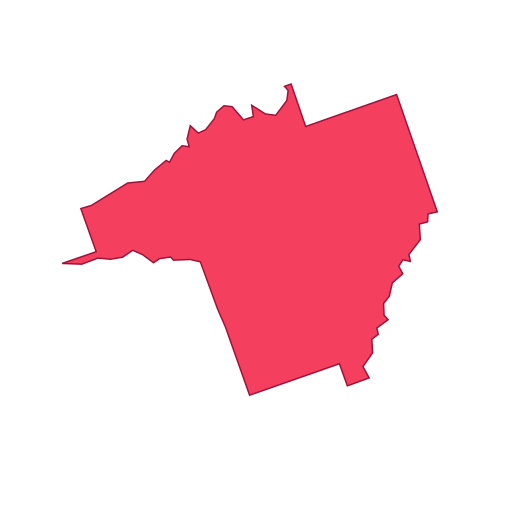 outline of Dallas, Alabama, United States of America, rotated 251°
{"feature_id": "52423323B88662766732523", "entity_name": "Dallas", "entity_type": "district", "adm_level": 2, "iso_a3": "USA", "parent_name": "United States of America", "parent_adm1": "Alabama", "projection": "robinson", "projection_center": [-87.077, 32.389], "detail": "fine", "context": "isolated", "style": "filled", "palette": "rose", "viewbox_px": 512, "rotation_deg": 251, "n_neighbors": 0, "source": "geoboundaries", "source_scale": "gbopen_adm2", "svg_char_len": 1009}
<svg xmlns="http://www.w3.org/2000/svg" viewBox="0 0 512 512"><g transform="rotate(251 256 256)"><path d="M103.5,300.1L103.9,323.3L116.6,321.1L126.5,334.7L139.6,338.4L142.2,346.1L148.6,346.8L152.8,360.2L158.3,357.8L169.6,361.2L174.5,368.9L186.2,376.2L191.5,389.0L199.8,387.6L204.6,393.7L200.6,400.2L207.7,401.1L218.0,416.7L233.0,420.8L232.4,429.4L239.8,432.4L238.7,441.8L362.9,441.5L362.3,345.1L407.2,345.2L407.1,338.2L402.1,340.3L393.0,335.8L382.6,320.4L387.3,311.1L399.9,301.0L388.7,298.9L388.8,288.5L405.0,282.0L408.5,274.6L404.8,265.6L399.4,261.3L391.8,249.5L391.0,241.4L400.6,236.3L389.0,228.9L381.1,228.4L384.3,222.0L379.7,212.2L372.8,204.8L375.6,202.2L370.2,187.8L362.9,175.0L366.8,158.4L357.4,116.7L357.9,105.8L312.1,106.3L312.1,70.2L305.0,88.6L305.5,105.9L300.3,117.4L298.3,129.5L301.6,141.2L294.1,149.3L283.0,156.9L284.9,164.0L282.8,175.1L279.0,176.5L274.1,192.7L268.6,201.5L219.1,202.4L198.6,204.0L126.5,204.6L127.0,299.8L103.5,300.1Z" fill="#f43f5e" stroke="#9f1239" stroke-width="1.5"/></g></svg>